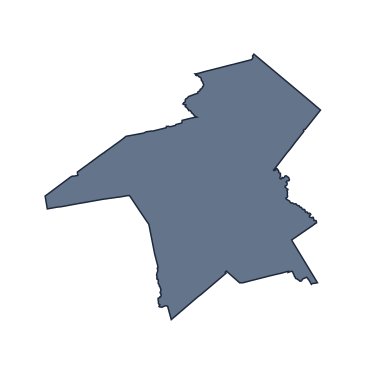 outline of Los Herreras, Nuevo León, Mexico, rotated 256°
{"feature_id": "50627088B26281620081416", "entity_name": "Los Herreras", "entity_type": "district", "adm_level": 2, "iso_a3": "MEX", "parent_name": "Mexico", "parent_adm1": "Nuevo León", "projection": "mercator", "projection_center": [-99.412, 25.939], "detail": "fine", "context": "isolated", "style": "filled", "palette": "slate", "viewbox_px": 384, "rotation_deg": 256, "n_neighbors": 0, "source": "geoboundaries", "source_scale": "gbopen_adm2", "svg_char_len": 5847}
<svg xmlns="http://www.w3.org/2000/svg" viewBox="0 0 384 384"><g transform="rotate(256 192 192)"><path d="M210.6,47.5L209.9,57.9L209.5,60.2L209.2,63.6L208.3,78.8L207.9,83.5L206.6,102.2L206.3,106.0L206.2,106.5L206.0,107.0L206.1,107.6L205.1,116.5L205.1,117.7L204.8,118.8L204.2,126.1L204.1,128.6L203.9,128.8L203.7,130.5L189.7,135.5L180.0,139.0L176.2,140.4L171.1,142.3L140.9,140.8L127.4,140.9L126.7,140.5L126.8,140.2L126.6,139.9L126.2,139.8L124.2,139.9L123.6,139.6L123.0,139.3L121.6,138.3L119.9,137.5L117.7,137.6L117.4,137.2L116.7,137.0L116.3,136.9L115.9,137.0L115.7,137.1L115.5,137.8L115.2,137.9L113.9,137.8L111.7,137.1L110.4,137.4L109.4,137.8L108.4,137.5L107.8,138.1L106.9,138.0L106.1,138.1L105.6,138.3L104.7,138.0L103.9,138.1L102.4,136.8L102.2,136.7L101.6,136.8L101.0,137.2L100.7,137.3L100.4,137.3L99.9,137.0L99.5,137.2L99.3,137.2L97.8,136.1L97.7,135.9L97.9,135.5L97.9,135.3L97.5,135.2L97.0,133.3L96.1,133.2L95.6,133.0L95.2,132.9L93.7,133.0L93.1,132.7L92.1,132.5L91.6,132.6L91.2,132.7L90.8,133.0L90.7,133.1L90.6,133.3L90.4,133.5L89.6,132.9L89.1,132.3L88.9,132.3L88.7,132.3L88.1,133.3L87.6,134.6L87.5,135.3L88.1,138.6L87.1,140.7L73.2,141.0L89.1,172.8L90.4,176.0L105.0,205.4L106.1,204.8L107.0,206.3L105.8,207.0L92.3,216.3L91.6,219.6L91.7,226.6L91.8,246.6L91.7,256.6L91.6,257.5L91.8,266.1L90.7,265.7L91.0,268.9L90.9,269.0L90.6,270.1L90.0,270.4L89.7,270.5L88.5,270.5L87.5,270.8L86.6,270.9L85.2,271.0L84.5,271.6L83.6,271.5L83.0,271.7L82.8,272.0L82.3,272.6L82.2,272.9L82.1,273.1L81.5,273.4L80.2,274.7L79.3,275.1L79.2,276.0L79.4,276.5L79.3,276.9L80.3,277.7L80.8,278.5L80.9,278.8L81.5,282.7L79.2,283.7L77.2,284.6L74.5,285.2L73.5,285.5L74.1,286.7L73.7,289.2L73.6,291.8L113.5,279.4L120.6,277.2L121.0,277.3L121.4,277.2L130.6,301.8L130.9,302.2L131.1,302.9L131.5,303.4L131.4,303.5L131.4,303.8L131.5,304.1L132.0,305.4L133.7,305.6L134.1,305.5L134.3,305.4L134.4,304.6L134.7,304.1L134.7,303.7L134.9,303.4L135.3,303.4L135.8,303.6L136.6,303.5L137.8,303.6L138.2,303.4L138.3,303.0L137.9,302.6L137.9,302.2L138.2,301.4L138.7,301.2L139.0,300.4L139.2,300.0L140.0,300.0L140.3,300.1L140.6,300.4L141.2,301.6L141.4,301.8L141.8,301.8L142.7,301.3L143.0,300.8L143.0,300.7L142.8,300.2L143.0,299.7L143.2,299.2L143.4,299.1L143.7,299.0L144.2,299.2L144.4,299.2L144.9,298.4L145.0,297.4L145.5,297.0L145.8,297.0L147.0,297.3L147.7,297.0L148.2,296.3L148.2,296.1L148.0,295.7L148.2,295.4L148.6,295.2L148.8,294.9L149.1,294.7L149.9,294.7L150.5,294.4L150.8,294.1L151.1,293.2L151.3,293.0L152.0,292.9L152.9,292.5L153.0,292.2L153.2,291.4L153.5,290.9L154.9,290.4L155.3,290.0L155.5,289.7L155.7,288.1L156.0,287.8L156.8,287.2L157.1,286.7L157.3,286.3L157.4,285.4L157.6,285.1L158.0,284.8L158.4,284.7L159.3,284.6L159.7,284.4L161.6,282.4L162.2,281.9L162.8,281.5L163.2,281.5L163.5,281.8L163.6,282.8L164.5,283.7L165.2,283.7L166.5,283.9L168.4,284.5L170.3,284.5L170.7,284.8L170.7,285.2L170.9,285.6L171.1,285.7L171.4,285.7L171.6,285.3L172.0,285.1L173.9,283.7L174.3,283.5L174.7,283.6L175.1,283.7L175.2,283.9L175.3,284.8L175.5,285.4L176.6,286.2L177.4,286.4L177.9,286.4L178.2,286.3L178.5,285.9L179.1,285.9L179.4,286.2L179.6,286.6L179.7,287.0L179.5,288.6L179.7,289.0L179.9,289.3L180.2,289.5L180.5,289.5L181.2,289.3L182.3,289.4L182.7,289.2L183.2,288.8L183.9,288.1L184.8,287.5L185.0,287.2L184.9,285.9L184.6,285.6L183.9,285.1L183.6,284.6L183.6,284.3L183.7,283.8L184.2,283.2L184.3,282.9L184.2,282.7L183.5,282.5L183.2,282.1L183.2,281.4L183.5,280.9L183.8,280.7L184.0,280.6L184.6,280.8L185.1,281.0L185.5,281.2L186.1,281.8L186.9,281.9L187.6,281.8L188.0,282.2L188.3,282.3L188.7,282.3L189.0,282.1L189.3,281.3L189.9,280.9L190.3,280.8L190.8,281.2L191.2,281.2L192.5,280.9L192.6,280.7L192.7,280.3L192.9,280.0L193.2,280.0L193.6,280.3L193.8,280.3L194.3,279.8L194.5,279.4L194.5,279.2L194.3,278.9L193.8,278.4L193.3,278.1L193.0,277.5L192.9,277.1L193.1,276.6L193.6,276.4L195.2,278.7L207.0,293.5L208.2,295.2L210.4,298.2L214.3,303.0L223.8,315.2L225.1,315.1L225.6,315.9L225.3,316.9L240.4,336.5L250.3,329.5L310.8,285.4L309.3,283.6L309.1,283.7L308.2,283.6L307.6,283.7L306.0,281.8L305.9,259.9L305.8,232.2L305.7,231.9L305.6,224.5L305.8,224.1L305.9,223.6L305.4,223.9L304.5,223.8L304.3,224.3L303.9,224.5L303.9,224.9L304.1,225.5L302.5,226.5L302.1,226.7L300.9,228.0L300.7,228.2L300.2,228.3L299.4,228.3L299.1,228.3L298.9,228.2L298.3,228.1L298.2,228.2L297.3,228.4L296.6,228.9L296.1,229.0L294.8,229.0L294.0,229.2L293.8,229.3L293.3,229.3L292.6,228.9L292.0,228.6L291.8,228.0L291.2,227.6L290.3,226.7L289.9,226.2L289.8,225.5L289.5,224.7L289.2,224.5L288.5,224.3L288.2,223.9L288.0,223.2L287.9,222.4L287.7,222.0L287.3,221.8L286.7,221.7L286.3,221.4L286.4,220.3L286.2,219.1L286.3,218.2L286.0,217.0L286.0,215.9L285.7,214.3L285.8,214.1L285.5,213.2L285.6,212.1L285.4,211.6L284.8,211.0L284.6,210.7L284.0,209.4L283.8,208.4L283.6,208.1L283.3,208.0L283.1,207.8L282.4,207.6L281.1,207.0L280.9,206.7L280.6,205.5L280.0,204.7L279.6,204.5L279.2,204.6L278.8,205.5L278.5,206.0L278.5,206.7L277.8,207.2L277.7,207.2L277.0,206.2L276.5,206.1L276.3,206.2L276.1,206.6L275.8,206.8L275.4,207.0L275.0,207.4L274.5,207.7L273.9,207.8L273.6,207.9L273.2,208.4L272.8,208.6L272.0,208.4L271.7,208.6L271.6,208.9L271.5,209.6L271.4,209.9L271.1,210.2L270.5,210.4L270.1,210.7L268.8,210.8L268.2,211.5L266.8,212.2L266.1,212.6L265.5,212.7L264.4,213.7L263.6,214.7L263.7,213.2L263.8,211.3L263.9,209.0L263.9,199.7L263.0,199.5L262.6,199.4L262.3,199.1L261.6,198.8L261.5,198.6L261.4,198.2L261.4,192.7L260.6,192.1L260.6,186.8L261.2,185.3L261.5,185.0L261.6,183.8L261.9,183.1L260.6,182.5L260.6,168.5L261.0,167.4L261.1,166.6L261.1,165.9L261.5,162.3L260.9,159.3L262.0,141.5L259.1,135.1L251.7,116.6L251.4,116.6L251.2,115.3L251.1,114.9L250.7,114.0L250.6,113.7L249.5,110.9L243.2,95.7L239.1,85.6L235.8,85.2L235.9,81.3L236.2,80.2L236.3,80.0L236.2,78.8L235.7,77.5L235.7,77.2L235.5,76.7L235.1,75.9L226.6,55.7L226.4,55.5L226.2,54.7L223.6,48.5L210.6,47.5Z" fill="#64748b" stroke="#1e293b" stroke-width="1.5"/></g></svg>